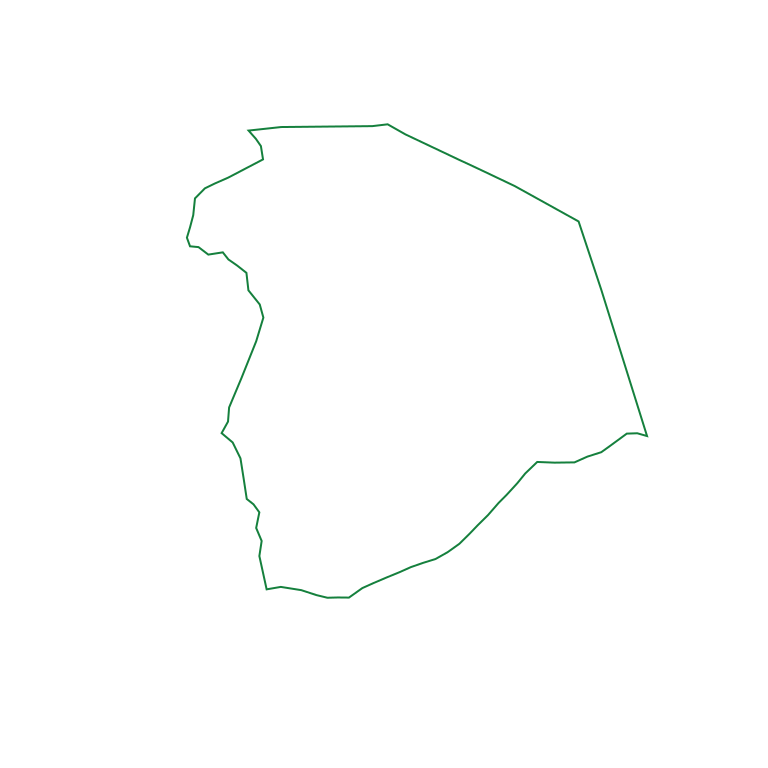 the district of Sombrio, Santa Catarina, Brazil, rotated 29°
{"feature_id": "56859067B58292211876940", "entity_name": "Sombrio", "entity_type": "district", "adm_level": 2, "iso_a3": "BRA", "parent_name": "Brazil", "parent_adm1": "Santa Catarina", "projection": "equal_earth", "projection_center": [-49.662, -29.081], "detail": "fine", "context": "isolated", "style": "outline", "palette": "green", "viewbox_px": 768, "rotation_deg": 29, "n_neighbors": 0, "source": "geoboundaries", "source_scale": "gbopen_adm2", "svg_char_len": 1113}
<svg xmlns="http://www.w3.org/2000/svg" viewBox="0 0 768 768"><g transform="rotate(29 384 384)"><path d="M475.4,147.5L450.2,147.5L402.3,147.5L362.4,150.0L339.8,151.6L281.7,155.3L261.3,155.1L248.8,164.1L169.5,209.1L142.7,228.0L153.1,231.7L161.0,235.6L169.3,246.2L147.7,279.0L138.8,290.7L132.5,299.7L128.7,313.3L135.3,328.8L138.4,341.0L140.7,351.6L147.6,357.6L155.4,354.2L167.6,356.0L179.2,347.0L187.5,350.5L198.2,351.6L209.8,353.5L220.0,367.8L236.8,374.7L246.3,384.4L251.5,408.6L256.5,448.3L259.9,479.6L265.8,492.5L265.8,505.7L280.0,508.5L294.5,518.6L306.9,534.5L319.7,551.1L328.2,552.5L337.2,556.7L342.0,571.9L353.1,580.6L358.4,594.9L380.9,620.5L392.1,611.5L411.6,604.4L427.2,601.4L438.1,598.4L447.1,593.1L456.9,587.8L464.0,573.0L471.4,563.1L480.2,551.8L488.7,541.2L496.3,531.1L504.8,521.6L513.9,512.1L521.2,500.2L527.4,487.2L531.4,473.6L534.5,461.9L538.5,448.3L541.9,432.4L545.0,421.5L548.7,406.1L550.9,393.8L555.8,377.9L571.3,370.1L588.6,360.2L597.1,348.9L607.1,338.3L611.6,328.8L620.4,309.7L629.4,304.3L639.3,302.0L552.2,219.0L528.3,196.2L475.4,147.5Z" fill="none" stroke="#15803d" stroke-width="2"/></g></svg>